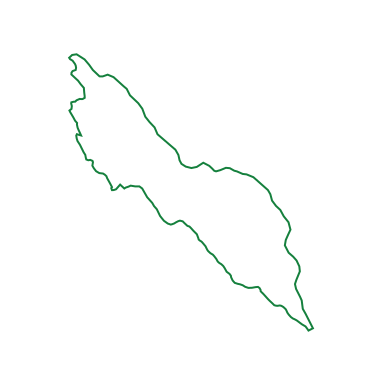 Tenom, Sabah, Malaysia, rotated 313°
{"feature_id": "92858781B47862255723096", "entity_name": "Tenom", "entity_type": "district", "adm_level": 2, "iso_a3": "MYS", "parent_name": "Malaysia", "parent_adm1": "Sabah", "projection": "robinson", "projection_center": [115.899, 4.893], "detail": "fine", "context": "isolated", "style": "outline", "palette": "green", "viewbox_px": 384, "rotation_deg": 313, "n_neighbors": 0, "source": "geoboundaries", "source_scale": "gbopen_adm2", "svg_char_len": 2750}
<svg xmlns="http://www.w3.org/2000/svg" viewBox="0 0 384 384"><g transform="rotate(313 192 192)"><path d="M174.8,373.4L180.4,358.1L182.1,352.7L187.5,346.2L189.1,342.4L192.1,334.2L194.9,330.1L198.8,328.3L207.5,325.0L210.8,321.2L213.2,315.2L213.7,310.1L213.5,304.1L216.3,296.3L220.9,293.3L226.4,291.4L231.6,289.7L235.7,283.2L236.8,275.7L239.1,268.8L239.1,262.9L240.3,256.4L243.8,250.8L245.2,246.2L244.7,226.8L242.1,219.9L239.8,216.8L237.7,210.8L236.4,208.4L235.2,203.4L232.8,200.3L227.3,197.8L223.5,195.5L222.7,193.8L222.9,190.8L222.9,186.8L221.1,180.3L213.6,178.4L209.1,175.2L206.3,170.1L205.4,165.1L206.7,161.3L209.8,156.8L211.6,151.1L210.7,127.4L213.7,120.6L214.2,113.2L215.2,106.5L219.0,98.9L220.3,92.1L220.4,80.7L222.9,73.9L222.7,69.9L222.5,56.3L220.3,50.3L215.7,47.9L213.5,45.5L213.6,36.3L214.9,29.9L215.7,23.0L214.0,13.7L210.5,10.9L206.4,10.6L206.0,12.2L206.6,15.1L205.8,19.2L205.1,20.8L204.4,21.7L203.8,22.5L201.9,23.7L199.0,22.2L197.1,22.5L195.7,23.6L195.7,26.5L195.7,29.1L195.7,32.8L194.9,37.1L194.4,41.9L191.1,45.5L189.1,47.9L187.7,49.3L185.4,48.6L184.3,47.5L183.5,46.4L180.3,45.0L178.5,45.0L177.2,43.8L175.3,42.6L174.4,43.2L172.9,45.5L170.6,47.2L168.0,46.8L167.3,48.6L166.6,51.0L165.7,54.1L164.4,57.9L164.1,60.9L162.9,61.8L161.0,64.5L159.8,67.2L158.9,69.5L157.7,72.3L156.7,70.4L155.8,68.4L154.3,68.9L152.5,71.2L151.2,73.5L150.1,77.9L147.1,85.8L146.4,88.6L144.7,90.9L143.7,92.5L144.5,94.5L146.1,95.7L146.9,98.0L146.3,99.2L143.3,101.2L142.4,104.1L141.8,107.7L142.6,111.3L143.7,112.8L144.8,114.3L145.2,116.3L145.2,118.6L144.2,120.6L142.4,126.2L141.7,128.2L141.0,130.2L139.8,130.3L138.8,132.2L140.0,133.4L142.2,134.6L148.4,134.4L148.4,136.7L148.4,140.1L150.0,140.5L152.6,141.9L154.8,142.8L157.4,146.7L160.2,149.7L160.6,153.2L157.6,162.8L156.9,170.4L155.8,173.9L155.4,178.0L152.7,185.0L152.3,187.6L151.8,191.1L152.4,195.8L153.7,198.7L155.0,199.5L156.8,200.4L159.0,201.0L161.2,201.8L162.8,202.7L164.2,205.2L164.1,207.8L164.1,211.7L165.0,213.7L164.9,216.1L164.6,219.4L164.4,224.4L162.6,228.0L161.8,229.3L161.8,230.7L162.1,232.1L162.2,233.3L161.9,236.0L161.5,239.0L160.7,241.0L160.0,243.0L159.8,244.2L159.8,247.2L160.4,250.0L160.2,252.1L159.6,255.5L158.7,258.2L158.7,260.3L159.2,262.7L159.2,265.3L158.6,267.8L157.3,271.7L157.7,275.3L157.3,277.5L156.3,278.8L155.0,282.1L154.7,285.2L156.0,288.0L157.2,290.0L158.4,292.7L158.9,295.5L160.3,298.6L162.9,301.2L165.7,303.3L167.6,305.0L167.8,306.9L167.2,308.8L166.2,310.0L166.1,313.7L165.5,320.7L165.4,323.0L165.4,326.7L165.3,329.4L166.1,330.9L167.0,332.1L168.9,333.6L169.7,335.0L170.2,337.3L170.2,340.3L169.8,341.7L168.8,344.0L168.3,346.3L168.0,349.6L168.3,352.1L168.9,353.8L169.5,356.1L170.2,362.6L171.1,366.7L170.6,369.5L170.1,371.7L174.8,373.4Z" fill="none" stroke="#15803d" stroke-width="2"/></g></svg>